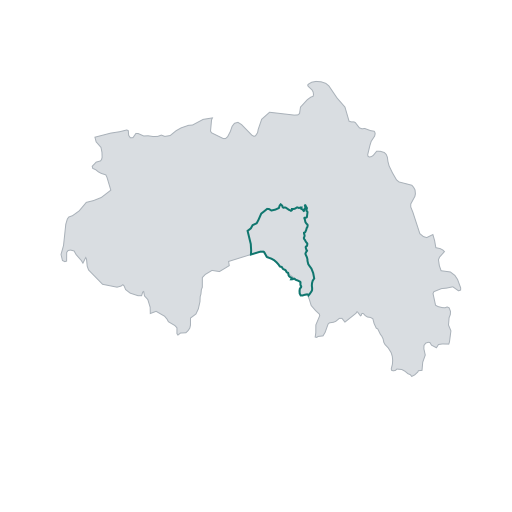 where Faranah sits in Guinea, rotated 343°
{"feature_id": "GIN-5636", "entity_name": "Faranah", "entity_type": "Prefecture", "adm_level": 1, "iso_a3": "GIN", "parent_name": "Guinea", "parent_adm1": "", "projection": "natural_earth1", "projection_center": [-10.509, 9.855], "detail": "fine", "context": "in_parent", "style": "outline", "palette": "teal", "viewbox_px": 512, "rotation_deg": 343, "n_neighbors": 0, "source": "natural_earth", "source_scale": "10m", "svg_char_len": 6815}
<svg xmlns="http://www.w3.org/2000/svg" viewBox="0 0 512 512"><g transform="rotate(343 256 256)"><path d="M310.6,342.0L306.7,341.4L305.0,342.2L299.8,349.2L296.7,352.0L291.9,351.1L290.2,351.6L288.9,350.8L290.7,347.0L293.1,339.4L299.5,331.7L299.6,330.1L297.0,325.6L294.3,319.5L294.3,312.9L293.8,308.2L288.1,306.9L287.1,306.1L287.0,304.5L290.1,296.3L290.4,294.7L290.0,293.2L286.5,289.0L281.2,281.3L271.9,265.4L268.5,262.0L265.2,257.2L263.9,254.1L260.5,253.0L228.2,253.2L227.6,257.4L216.5,260.2L209.7,256.9L202.1,258.8L198.4,260.9L195.5,270.2L193.9,272.2L192.2,276.3L190.7,278.6L189.1,283.2L185.4,289.7L181.6,293.9L175.2,296.2L173.1,303.0L171.6,305.6L169.1,307.6L166.5,308.9L161.2,307.6L158.2,308.8L157.7,307.1L159.4,301.6L158.1,298.8L153.0,293.2L152.5,290.5L151.0,286.9L144.3,279.7L138.1,280.1L139.8,274.1L139.8,266.0L137.7,261.6L138.2,257.1L137.1,257.4L135.0,260.5L131.6,259.5L124.8,254.7L121.5,250.0L121.1,246.0L120.3,244.5L118.2,245.3L114.0,245.2L101.0,238.2L91.8,220.4L91.6,216.4L93.0,209.5L92.7,207.7L88.4,212.2L87.6,209.2L84.4,202.1L83.5,198.0L80.4,196.1L77.9,195.8L76.0,197.2L73.4,205.5L71.5,205.5L69.6,203.7L70.0,197.5L75.0,189.7L83.4,170.0L86.4,165.5L88.3,164.0L92.3,163.8L100.0,161.2L109.4,155.1L116.7,155.5L125.2,154.8L136.4,150.6L136.5,137.4L136.1,134.5L132.2,131.8L129.9,129.5L127.9,126.6L125.5,124.5L125.6,122.3L130.6,119.5L135.1,119.6L136.6,118.5L137.7,116.6L139.0,111.8L139.5,106.8L136.5,100.1L136.7,95.3L153.0,96.0L162.0,97.3L169.3,97.7L170.5,98.8L169.5,103.4L170.4,106.2L172.9,106.9L177.0,103.7L179.1,104.4L183.7,108.4L188.0,109.5L192.6,111.7L197.0,112.9L200.8,112.7L203.8,115.0L209.2,115.7L216.3,112.8L221.8,111.6L229.6,111.3L233.6,112.2L245.4,109.9L254.7,111.2L253.3,112.8L249.0,123.3L249.5,125.2L259.0,134.1L261.2,134.8L263.8,133.6L267.9,129.4L271.1,125.0L274.2,122.8L277.8,122.9L280.6,126.1L287.4,139.3L289.1,141.0L290.7,140.9L293.6,138.5L295.1,135.6L301.4,126.9L311.0,122.5L333.9,132.5L337.3,133.3L339.3,132.5L342.1,126.6L350.8,121.5L354.9,120.1L357.3,120.0L358.2,118.4L358.6,115.9L358.1,113.5L355.5,109.0L355.4,107.6L356.9,106.8L360.2,106.1L364.5,106.6L369.3,108.5L373.2,111.3L375.4,114.6L379.7,128.6L384.6,139.6L384.4,154.3L386.5,155.7L388.9,156.4L390.0,157.5L392.3,163.6L394.6,165.4L397.2,165.8L402.2,169.6L405.4,171.2L405.8,172.3L405.7,173.9L404.5,176.0L399.7,180.0L397.3,183.5L392.4,191.8L392.3,193.4L393.3,194.5L395.4,194.7L397.5,194.1L402.0,191.1L405.5,192.2L408.9,194.5L410.2,196.9L410.5,200.0L409.8,204.1L409.6,208.7L410.8,216.4L412.6,224.2L414.4,227.0L425.7,233.9L426.8,236.4L427.4,239.3L426.6,243.2L425.4,245.4L419.2,251.5L418.3,254.4L418.8,259.8L419.2,282.5L421.7,286.3L424.6,288.3L431.4,287.2L431.3,293.5L430.4,300.6L434.3,302.8L436.4,304.9L437.5,306.9L431.2,310.7L429.4,312.9L428.5,318.8L428.7,324.2L437.2,328.1L440.5,332.7L441.9,337.4L442.4,346.4L441.7,348.4L439.5,348.5L435.2,343.0L428.7,342.4L423.8,341.4L415.7,342.1L414.3,343.7L413.3,355.6L415.3,357.6L419.2,359.9L421.7,360.8L423.9,360.6L425.5,362.0L425.8,365.9L424.7,368.8L422.6,371.5L419.9,378.3L420.5,384.6L415.9,394.7L414.6,396.6L408.5,394.6L404.6,394.0L401.7,396.5L397.8,392.6L397.0,389.6L395.6,388.9L392.9,388.9L390.5,390.6L389.4,393.8L388.9,400.2L384.4,406.3L381.3,413.9L377.7,413.2L376.9,414.2L373.0,416.1L369.7,416.7L368.9,414.6L366.9,413.0L364.8,409.8L362.3,407.2L357.7,405.3L355.8,406.2L353.6,405.9L352.2,404.9L352.4,403.4L354.8,399.4L356.2,395.7L357.0,391.8L357.0,388.0L355.6,382.6L353.5,378.4L353.0,375.9L353.3,372.4L352.8,369.2L352.1,367.5L351.1,361.3L349.9,360.2L349.2,355.2L349.4,350.2L347.6,348.3L344.7,346.9L343.0,344.9L342.0,342.7L341.0,342.0L340.1,342.2L339.3,343.5L338.4,343.8L336.7,339.1L336.0,338.9L334.9,340.0L321.7,345.2L320.0,340.8L317.5,340.0L313.2,341.8L310.6,342.0Z" fill="#d9dde1" stroke="#a8b0b8" stroke-width="1"/><path d="M284.4,288.9L283.5,288.8L282.8,288.6L283.3,288.1L283.9,287.7L283.8,287.3L283.0,286.7L282.2,285.8L281.7,284.9L281.5,283.8L281.7,282.4L281.8,281.5L281.4,281.2L280.9,280.9L280.5,280.3L280.3,278.7L280.1,278.2L279.6,277.6L278.3,276.6L277.9,276.0L277.6,274.5L277.4,274.0L277.0,273.7L276.2,273.4L275.9,273.2L275.6,272.6L275.0,270.6L273.8,268.0L272.1,265.3L270.0,263.1L266.2,260.3L265.9,259.6L265.2,255.7L264.8,254.4L264.2,253.9L263.5,253.8L261.8,253.2L260.5,253.1L251.6,253.1L253.0,249.2L254.5,243.0L255.3,229.5L259.1,228.1L261.8,225.5L266.2,224.9L269.0,222.1L273.4,217.0L277.0,215.6L280.4,214.2L282.2,214.9L284.0,217.0L288.1,217.3L291.9,216.8L293.4,214.7L294.7,213.8L295.3,214.7L295.6,215.3L295.8,215.7L295.8,216.1L295.7,216.7L295.8,217.1L296.0,217.5L296.4,217.9L296.6,217.9L297.8,218.0L298.1,218.2L298.5,218.4L298.8,218.7L301.1,221.6L301.6,222.0L301.9,222.1L302.6,223.0L303.0,222.9L303.5,222.8L303.8,222.6L304.1,222.2L304.2,221.6L304.8,221.8L306.2,222.1L307.2,222.1L307.6,222.0L309.5,221.5L309.9,221.7L310.3,222.0L310.8,222.5L311.5,222.7L312.9,222.6L313.6,222.9L313.0,223.5L313.0,224.1L314.1,225.1L314.3,225.5L314.7,226.7L314.8,226.9L315.3,226.8L315.3,226.3L315.3,225.9L315.5,225.7L315.9,225.5L317.1,224.5L317.4,224.1L317.5,223.1L317.5,222.1L317.9,221.8L318.1,222.0L318.3,223.6L318.4,223.8L318.5,224.1L318.6,224.3L318.7,224.6L318.7,225.1L318.3,225.8L318.0,226.2L317.7,226.6L317.6,226.9L317.6,227.6L317.7,227.9L317.9,228.2L318.0,228.4L318.1,228.7L318.0,229.3L316.3,233.1L316.0,233.7L315.6,233.9L315.3,233.9L314.6,233.9L313.6,233.6L313.4,233.7L313.3,234.0L313.3,234.6L313.4,235.0L313.4,235.5L313.2,237.3L313.2,237.8L313.2,238.3L313.3,238.6L313.6,239.5L313.8,240.0L314.0,240.3L314.3,240.8L314.4,241.0L314.4,241.5L314.3,242.0L313.8,242.9L313.5,243.4L313.2,243.7L312.7,244.0L311.4,246.1L310.9,246.6L310.7,246.8L310.5,247.0L310.4,247.2L310.2,247.4L310.0,247.6L309.8,247.7L309.5,247.8L309.0,247.8L308.7,247.8L308.6,248.1L308.5,248.5L308.5,249.8L308.5,250.3L308.4,250.8L308.1,251.4L307.8,251.8L307.4,252.2L307.1,252.6L307.0,252.9L307.0,253.1L307.0,253.5L307.1,254.1L307.6,255.3L307.6,255.7L307.8,256.8L307.9,257.1L308.1,257.6L308.3,258.1L308.6,258.7L308.7,259.0L308.6,259.4L308.5,259.8L307.8,261.1L307.6,261.3L307.3,261.4L306.7,261.5L306.4,261.6L306.2,261.9L306.0,262.5L306.0,264.4L306.0,264.9L306.1,265.2L306.3,265.4L306.4,265.7L306.4,265.9L306.2,266.1L305.6,266.3L305.4,266.5L305.0,267.1L304.5,267.5L304.3,267.7L304.1,267.9L304.0,268.1L303.9,268.5L303.9,269.1L304.3,272.0L304.3,272.8L304.2,274.3L303.8,275.7L303.6,279.1L304.4,281.7L305.3,284.2L305.7,289.0L305.1,294.5L303.0,296.2L301.6,298.4L300.7,300.8L300.3,303.1L299.7,304.9L299.5,305.2L298.8,306.0L296.0,308.2L294.9,308.9L294.9,308.5L294.3,307.9L293.1,307.5L291.1,307.3L289.0,307.4L287.2,306.8L286.8,304.6L287.4,302.1L288.3,300.2L288.8,299.8L289.3,299.5L289.9,299.2L290.3,298.5L290.3,297.9L290.1,296.9L290.1,296.4L290.3,295.7L290.6,295.0L290.8,294.4L290.8,293.6L288.6,291.5L288.1,291.2L287.4,290.7L286.8,290.1L286.2,289.0L285.7,288.9L285.2,288.9L284.7,288.8L284.4,288.9Z" fill="none" stroke="#0f766e" stroke-width="2"/></g></svg>